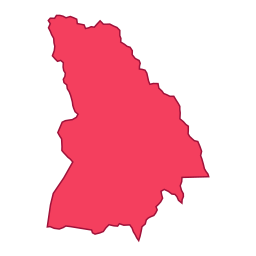 Nazaré, Bahia, Brazil (orthographic projection)
{"feature_id": "56859067B60391467377096", "entity_name": "Nazaré", "entity_type": "district", "adm_level": 2, "iso_a3": "BRA", "parent_name": "Brazil", "parent_adm1": "Bahia", "projection": "orthographic", "projection_center": [-38.979, -12.947], "detail": "fine", "context": "isolated", "style": "filled", "palette": "rose", "viewbox_px": 256, "rotation_deg": 0, "n_neighbors": 0, "source": "geoboundaries", "source_scale": "gbopen_adm2", "svg_char_len": 2127}
<svg xmlns="http://www.w3.org/2000/svg" viewBox="0 0 256 256"><path d="M138.7,240.6L140.0,236.4L141.1,231.5L142.0,226.7L145.2,224.0L146.3,219.9L148.4,217.9L151.0,216.6L153.8,215.5L155.6,213.1L157.2,209.9L156.0,206.7L158.4,204.4L160.7,201.8L162.6,198.2L161.7,195.0L161.0,191.3L164.2,189.4L168.5,191.4L171.8,194.0L175.0,194.4L176.9,196.6L178.5,200.3L181.9,203.1L182.1,199.7L183.4,196.6L183.3,193.7L181.5,190.4L180.2,185.8L181.7,181.7L182.0,177.4L208.7,176.7L207.9,174.0L206.0,171.5L204.4,168.7L203.3,164.1L201.9,159.1L200.6,155.6L201.6,151.3L200.0,146.7L197.8,141.5L194.3,140.7L191.9,138.6L189.6,136.4L188.1,133.8L188.3,130.2L188.3,126.2L185.9,124.5L183.4,121.7L179.9,118.8L180.2,112.9L179.8,109.5L179.8,106.3L178.2,103.4L176.2,100.3L173.8,96.3L169.9,96.3L166.9,94.8L163.7,93.5L162.0,91.1L158.9,88.2L158.0,83.6L153.3,83.5L149.9,84.3L148.6,81.2L147.7,77.1L146.8,73.1L145.0,70.2L142.2,69.4L139.4,69.0L139.5,66.0L140.2,63.3L139.1,60.5L135.2,58.5L132.2,54.7L132.3,50.7L130.1,47.3L127.0,46.3L124.5,44.3L120.7,42.0L120.9,38.4L119.8,35.7L119.8,30.4L117.0,27.5L113.7,26.1L109.8,24.1L107.0,24.2L103.4,24.2L100.1,20.8L97.0,24.1L94.3,27.2L91.2,26.7L88.5,27.9L85.5,28.5L84.1,24.9L80.1,24.1L77.3,23.6L76.7,19.2L73.7,17.8L70.3,16.5L66.0,17.8L63.0,16.2L59.8,15.4L56.5,15.4L54.6,18.3L50.3,18.2L48.3,20.5L50.3,23.7L48.5,27.8L50.4,31.5L51.6,34.6L53.7,38.3L54.0,42.9L54.8,46.3L54.3,50.6L52.4,55.8L55.2,59.0L57.5,61.3L60.7,60.4L63.3,62.6L63.1,67.1L63.7,70.5L65.3,73.1L64.9,76.5L63.3,79.3L64.0,82.6L66.8,84.9L67.3,88.7L69.2,91.7L70.6,95.3L71.5,98.5L72.4,102.0L72.8,105.4L73.7,108.3L75.1,111.7L78.0,114.2L76.4,117.3L72.4,119.6L68.3,120.2L65.3,120.7L62.2,122.2L57.8,132.6L59.9,136.3L61.6,138.9L61.8,142.4L62.0,146.7L61.9,150.5L63.7,152.7L65.7,154.8L67.9,157.2L70.3,159.1L72.8,162.0L63.8,177.9L53.3,193.4L50.5,204.9L47.3,226.9L50.1,226.6L54.2,228.3L59.3,229.0L63.1,227.6L65.8,226.0L70.6,226.6L91.6,230.0L92.5,232.8L95.0,234.1L99.8,232.9L103.3,231.5L105.9,227.8L109.0,224.7L113.8,225.8L117.6,226.1L119.4,223.7L123.7,225.2L129.8,224.9L132.1,228.1L133.4,231.8L135.2,234.7L136.8,237.9L138.7,240.6Z" fill="#f43f5e" stroke="#9f1239" stroke-width="1.5"/></svg>